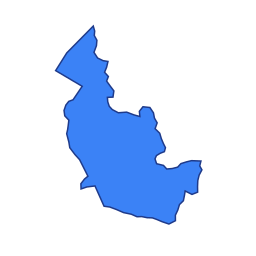 São José do Hortêncio, Rio Grande do Sul, Brazil, rotated 292°
{"feature_id": "56859067B73471401384793", "entity_name": "São José do Hortêncio", "entity_type": "district", "adm_level": 2, "iso_a3": "BRA", "parent_name": "Brazil", "parent_adm1": "Rio Grande do Sul", "projection": "equal_earth", "projection_center": [-51.253, -29.536], "detail": "fine", "context": "isolated", "style": "filled", "palette": "blue", "viewbox_px": 256, "rotation_deg": 292, "n_neighbors": 0, "source": "geoboundaries", "source_scale": "gbopen_adm2", "svg_char_len": 1269}
<svg xmlns="http://www.w3.org/2000/svg" viewBox="0 0 256 256"><g transform="rotate(292 128 128)"><path d="M53.9,107.3L57.9,111.9L61.9,119.1L46.5,135.1L47.9,140.7L48.1,147.9L47.9,155.6L49.3,163.4L49.1,169.6L51.0,173.9L52.0,179.3L53.8,184.2L54.0,189.2L53.9,194.7L54.3,201.9L59.8,206.7L64.9,204.6L70.6,204.9L76.3,204.4L81.3,206.6L86.6,205.6L91.0,204.6L90.4,212.2L94.6,216.6L99.8,214.4L105.4,212.4L111.0,211.6L116.9,212.2L119.7,208.7L124.7,208.0L121.5,199.1L118.5,194.9L114.8,190.4L110.3,188.7L107.0,184.2L104.5,179.3L106.6,174.9L105.6,167.9L109.5,164.6L113.1,164.7L116.6,167.3L119.7,170.6L123.8,170.1L126.7,166.8L130.6,162.9L135.0,159.4L137.5,153.4L143.7,153.1L147.1,148.8L151.6,145.9L155.2,140.6L153.3,133.9L147.7,132.3L143.1,134.7L142.4,128.7L142.2,120.8L138.5,113.3L139.2,106.5L141.1,102.5L144.7,99.4L148.7,97.4L151.0,102.5L157.1,101.0L160.4,95.5L163.5,90.6L168.4,90.5L170.9,85.4L176.4,85.4L182.2,84.5L181.1,79.6L181.5,73.6L185.4,68.1L192.5,67.9L197.7,66.3L201.1,62.1L205.4,60.8L209.5,57.6L174.7,43.1L154.1,39.4L149.5,69.9L133.6,66.5L130.5,63.1L126.0,61.8L120.3,62.1L115.6,64.8L113.1,70.2L108.0,71.6L104.0,72.6L99.7,73.3L92.7,78.5L87.9,81.4L83.5,88.8L80.5,95.0L68.3,108.9L64.4,106.8L58.7,105.2L53.9,107.3Z" fill="#3b82f6" stroke="#1e3a8a" stroke-width="1.5"/></g></svg>